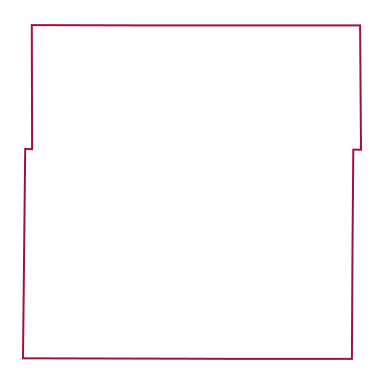 Anderson, Kansas, United States of America
{"feature_id": "52423323B39153241974735", "entity_name": "Anderson", "entity_type": "district", "adm_level": 2, "iso_a3": "USA", "parent_name": "United States of America", "parent_adm1": "Kansas", "projection": "orthographic", "projection_center": [-95.278, 38.214], "detail": "fine", "context": "isolated", "style": "outline", "palette": "rose", "viewbox_px": 384, "rotation_deg": 0, "n_neighbors": 0, "source": "geoboundaries", "source_scale": "gbopen_adm2", "svg_char_len": 287}
<svg xmlns="http://www.w3.org/2000/svg" viewBox="0 0 384 384"><path d="M23.0,358.3L186.9,358.7L242.3,358.9L351.9,358.9L352.5,248.7L352.6,235.3L353.3,149.7L361.0,149.7L360.1,25.4L141.7,25.4L31.8,25.1L32.1,149.1L25.2,149.0L23.0,358.3Z" fill="none" stroke="#9f1239" stroke-width="2"/></svg>